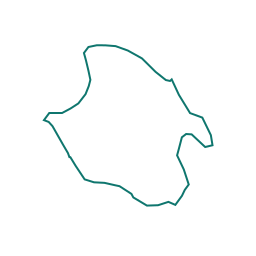 outline of Vårgårda, Västra Götaland, Sweden, rotated 62°
{"feature_id": "70781695B65797043519152", "entity_name": "Vårgårda", "entity_type": "district", "adm_level": 2, "iso_a3": "SWE", "parent_name": "Sweden", "parent_adm1": "Västra Götaland", "projection": "robinson", "projection_center": [12.81, 58.003], "detail": "fine", "context": "isolated", "style": "outline", "palette": "teal", "viewbox_px": 256, "rotation_deg": 62, "n_neighbors": 0, "source": "geoboundaries", "source_scale": "gbopen_adm2", "svg_char_len": 798}
<svg xmlns="http://www.w3.org/2000/svg" viewBox="0 0 256 256"><g transform="rotate(62 128 128)"><path d="M191.8,155.9L205.4,147.7L210.3,137.7L212.2,127.0L218.1,122.3L213.2,112.2L209.3,106.9L206.4,100.9L190.8,98.2L175.2,97.5L170.3,92.9L161.5,84.8L160.6,79.5L163.5,74.8L181.0,68.8L182.9,61.5L181.5,61.0L173.2,58.2L153.7,57.5L144.0,66.2L122.6,67.5L105.6,66.6L106.2,68.8L103.4,72.1L91.4,77.3L73.1,83.0L59.5,91.8L49.9,100.5L44.3,109.3L40.3,116.7L37.9,124.9L41.1,131.7L48.7,133.4L59.1,136.1L67.8,138.6L72.6,143.0L78.2,149.6L83.0,160.3L83.8,169.6L83.8,179.2L77.8,190.5L81.6,198.5L85.4,195.2L90.9,193.8L112.1,193.2L122.0,192.8L126.2,193.4L126.7,192.6L136.8,192.0L153.0,190.4L160.0,183.5L165.4,174.5L172.3,166.5L175.4,162.8L187.8,155.9L191.8,155.9Z" fill="none" stroke="#0f766e" stroke-width="2"/></g></svg>